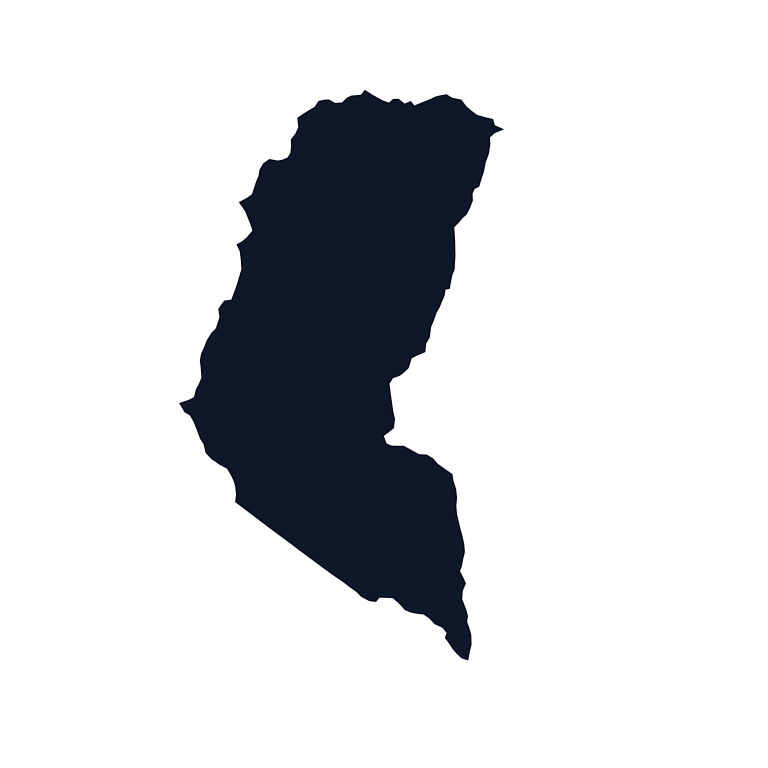 the district of Parapuã, São Paulo, Brazil, rotated 160°
{"feature_id": "56859067B12520903769372", "entity_name": "Parapuã", "entity_type": "district", "adm_level": 2, "iso_a3": "BRA", "parent_name": "Brazil", "parent_adm1": "São Paulo", "projection": "equal_earth", "projection_center": [-50.833, -21.829], "detail": "fine", "context": "isolated", "style": "filled", "palette": "ink", "viewbox_px": 768, "rotation_deg": 160, "n_neighbors": 0, "source": "geoboundaries", "source_scale": "gbopen_adm2", "svg_char_len": 2678}
<svg xmlns="http://www.w3.org/2000/svg" viewBox="0 0 768 768"><g transform="rotate(160 384 384)"><path d="M535.0,485.2L541.0,478.5L544.9,474.6L548.3,468.8L549.7,462.7L552.6,452.2L557.9,446.3L562.1,442.8L566.5,436.0L573.1,435.1L582.1,435.4L580.4,426.1L576.5,421.2L575.1,413.5L574.9,406.0L574.8,395.5L573.4,389.3L574.4,380.4L571.3,373.0L565.3,364.6L559.8,358.5L558.3,350.7L557.7,344.6L558.1,338.6L560.1,330.5L563.4,324.0L539.9,287.6L524.0,263.6L519.7,256.8L497.7,223.6L489.1,211.6L485.2,205.3L480.8,199.1L477.6,192.3L471.6,185.6L466.1,182.8L461.5,185.6L454.2,182.8L448.3,180.2L444.2,172.5L441.0,164.7L436.4,160.6L431.5,157.6L425.2,154.5L421.2,148.9L417.8,141.3L411.8,135.4L409.4,128.4L412.8,124.5L411.0,118.3L409.4,111.7L407.2,105.8L404.4,100.3L399.6,96.5L395.7,103.3L391.6,109.4L388.6,118.3L388.0,125.7L388.0,132.3L385.2,137.4L384.6,144.0L384.9,155.1L381.4,163.1L376.0,168.9L376.5,175.7L377.4,182.4L373.9,186.3L370.3,192.5L366.2,198.6L364.0,206.6L363.0,214.7L362.3,222.7L361.4,230.3L360.7,236.7L358.5,244.9L354.9,252.5L352.9,260.7L352.6,269.3L351.3,275.7L356.4,282.9L361.8,290.9L363.8,296.7L368.4,302.4L375.6,305.5L381.4,312.1L386.9,318.5L392.4,320.5L398.3,322.8L402.7,326.9L402.7,335.9L396.1,337.8L390.2,339.8L386.3,347.8L385.4,355.2L383.4,364.9L381.4,373.9L379.4,382.9L373.9,387.1L366.5,387.1L361.9,388.5L355.7,391.2L349.6,399.4L342.9,400.2L334.7,400.6L331.2,408.0L325.7,412.5L320.9,421.8L315.8,427.3L310.8,433.5L305.6,437.9L301.5,442.5L297.3,446.9L294.4,452.4L290.0,451.8L287.1,456.9L283.2,463.3L279.1,467.8L276.8,473.3L273.8,480.1L269.6,492.3L267.2,500.0L265.0,507.8L258.5,510.9L253.5,513.8L248.9,515.5L243.4,520.6L238.4,526.4L236.4,532.9L232.4,537.0L227.4,537.6L223.1,543.4L218.0,549.9L213.2,558.0L207.2,565.0L202.7,573.4L200.6,580.1L194.3,582.6L185.9,583.0L192.1,588.9L191.7,595.3L198.6,599.8L205.3,604.8L209.3,611.1L212.2,616.2L214.7,624.3L222.5,629.0L226.6,634.2L232.3,635.2L237.2,635.8L243.0,635.2L254.7,634.8L260.7,634.5L262.6,640.0L269.2,639.7L273.2,646.4L278.0,647.9L283.3,645.8L288.5,650.2L296.6,659.3L301.5,666.0L306.7,662.9L315.9,665.4L320.9,665.0L326.9,662.1L334.1,664.1L338.9,669.6L343.2,670.9L348.7,671.5L353.8,667.6L359.7,666.4L366.5,665.0L373.9,663.1L376.0,654.2L381.3,648.9L387.3,645.1L389.5,638.4L392.4,632.6L397.2,629.0L402.9,628.8L407.7,629.6L414.9,633.8L421.8,631.9L427.1,627.5L430.0,622.2L434.2,617.7L437.7,613.3L442.7,606.8L449.2,605.0L457.3,603.9L454.7,594.3L454.2,581.5L454.4,572.7L462.8,567.9L469.1,565.7L474.1,565.0L473.4,558.2L475.1,550.6L478.0,540.3L482.5,534.4L486.1,529.4L490.7,523.6L498.4,514.6L505.3,516.2L509.2,513.8L513.4,510.7L515.1,502.7L522.4,493.3L528.3,490.4L535.0,485.2Z" fill="#0f172a" stroke="#020617" stroke-width="1.5"/></g></svg>